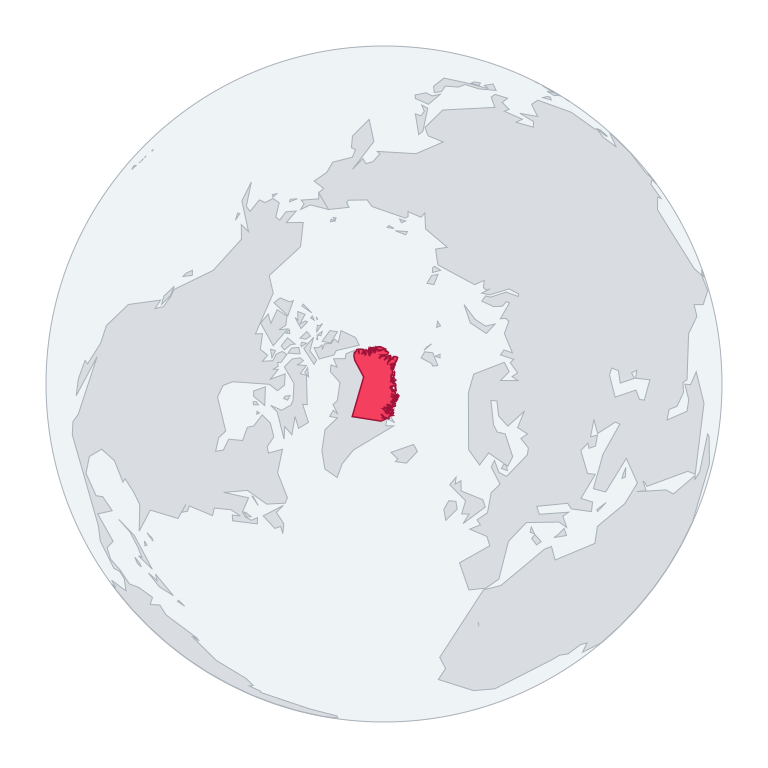 Nationalparken highlighted on a globe, orthographic projection
{"feature_id": "GRL-2742", "entity_name": "Nationalparken", "entity_type": "state/province", "adm_level": 1, "iso_a3": "GRL", "parent_name": "Greenland", "parent_adm1": "", "projection": "orthographic", "projection_center": [-27.197, 77.317], "detail": "fine", "context": "on_globe", "style": "filled", "palette": "rose", "viewbox_px": 768, "rotation_deg": 0, "n_neighbors": 0, "source": "natural_earth", "source_scale": "10m", "svg_char_len": 16868}
<svg xmlns="http://www.w3.org/2000/svg" viewBox="0 0 768 768"><circle cx="384" cy="384" r="338" fill="#eef3f6" stroke="#a8b0b8"/><path d="M116.1,590.0L112.0,584.4L115.9,587.6L111.6,580.3L126.0,590.8L124.2,578.6L119.7,571.4L113.9,568.3L100.3,541.0L98.4,525.9L72.3,434.8L73.0,421.6L78.3,414.2L97.1,356.7L76.2,395.7L78.3,379.1L85.1,360.4L87.6,363.9L100.7,343.1L106.4,325.6L128.4,304.5L160.6,300.1L155.0,308.6L163.4,306.7L171.0,296.0L174.0,289.5L213.2,270.4L241.5,239.2L241.3,224.5L248.5,231.7L241.9,201.0L251.3,182.0L246.3,206.5L250.1,211.4L259.3,199.9L265.2,202.5L273.0,198.5L279.2,202.7L275.8,217.0L279.7,220.1L286.0,211.8L296.2,211.0L286.4,222.6L303.2,222.5L300.5,246.8L269.2,275.5L273.2,293.2L255.4,333.9L262.5,333.7L260.3,349.4L267.7,355.2L262.3,361.3L272.8,360.7L276.4,354.0L282.2,351.5L286.9,354.4L280.8,362.6L277.6,362.4L278.2,366.3L273.2,369.2L278.3,369.4L270.4,379.2L285.1,373.9L284.5,385.3L277.4,390.7L269.3,384.3L232.7,381.7L223.0,385.5L217.5,397.1L225.7,431.0L218.6,437.8L215.6,451.3L223.4,450.1L228.7,439.2L242.6,440.5L247.4,427.3L253.7,426.0L262.2,414.9L270.3,422.9L273.8,436.9L267.2,446.6L268.5,453.1L282.5,449.2L277.6,472.7L287.4,497.7L285.1,503.2L266.8,504.1L247.4,490.4L223.6,492.4L248.6,497.8L242.4,511.9L245.5,517.1L251.4,520.3L257.4,517.6L257.3,523.9L232.6,520.8L232.3,515.0L240.2,515.9L231.0,509.7L214.3,508.1L212.5,515.6L189.2,505.9L187.6,511.2L181.7,512.3L185.8,504.4L178.0,518.5L150.3,510.1L139.2,531.1L139.8,504.6L133.6,492.0L125.1,478.8L122.9,482.1L114.5,460.7L101.7,449.2L89.3,456.5L86.0,473.4L96.1,495.7L102.7,496.7L112.2,510.7L97.7,513.9L113.1,541.3L107.1,547.7L110.6,559.1L120.1,570.0L129.4,583.9L138.7,587.4L152.5,597.4L150.1,604.5L159.8,605.0L166.1,615.0L195.1,636.6L192.2,636.6L216.2,660.4L246.3,678.6L253.2,685.6L249.2,686.0L260.6,691.2L260.8,692.5L309.3,708.8L337.0,716.0L337.9,718.1L321.3,716.1L297.3,710.6L273.8,703.4L250.8,694.6L228.6,684.0L207.1,671.9L186.6,658.3L167.2,643.2L148.9,626.7L131.8,609.0L116.1,590.0ZM133.8,165.8L136.5,165.1L131.7,169.6L133.8,165.8ZM140.3,162.0L138.9,162.8L140.5,161.6L140.3,162.0ZM142.9,159.4L141.0,161.3L142.9,159.1L142.9,159.4ZM146.2,155.8L144.5,157.8L144.6,157.5L146.2,155.8ZM134.4,535.6L152.3,569.2L138.5,555.8L141.8,557.2L138.0,547.4L129.8,531.7L118.7,519.4L134.4,535.6ZM151.9,150.6L153.5,149.3L152.1,151.1L151.9,150.6ZM150.4,537.8L147.0,532.6L150.8,537.0L150.4,537.8ZM174.3,286.2L170.5,295.6L161.5,304.4L163.9,296.2L174.3,286.2ZM192.4,270.3L192.3,275.3L182.9,276.5L185.9,273.3L192.4,270.3ZM239.8,213.6L235.5,220.2L237.6,212.9L239.8,213.6ZM273.0,197.2L272.3,194.6L276.7,193.7L273.0,197.2ZM257.1,411.2L259.5,413.0L256.7,414.2L257.1,411.2ZM258.4,404.8L253.4,404.8L253.2,401.7L256.4,401.8L258.4,404.8ZM290.2,199.3L297.4,198.8L289.5,201.8L290.2,199.3ZM264.7,405.5L253.7,396.3L253.6,391.0L265.4,386.8L264.7,405.5ZM301.2,200.1L318.7,198.9L318.7,192.8L328.6,209.5L310.4,204.9L300.6,209.5L304.1,203.8L301.2,200.1ZM275.5,350.6L271.9,357.9L270.5,349.2L275.5,350.6ZM273.2,345.7L260.6,323.1L268.2,314.0L270.9,323.4L277.2,309.6L287.0,316.2L285.8,325.3L278.9,329.8L287.9,328.9L273.2,345.7ZM331.2,219.1L334.9,221.0L330.4,221.7L331.2,219.1ZM284.4,349.9L281.2,346.0L287.5,337.8L295.1,344.0L290.6,344.7L284.4,349.9ZM274.0,302.8L280.1,297.9L289.7,301.9L293.3,300.6L287.9,315.6L274.0,302.8ZM291.6,348.0L298.8,347.4L300.1,353.9L288.0,353.1L291.6,348.0ZM286.0,333.1L289.3,329.6L289.9,333.6L286.0,333.1ZM308.6,376.9L304.7,372.4L307.6,367.7L308.6,376.9ZM301.4,346.8L300.9,344.5L301.6,342.2L306.5,343.2L301.4,346.8ZM295.1,317.5L297.9,320.2L297.8,311.5L305.0,314.3L300.1,323.9L305.3,320.9L307.5,321.8L301.0,328.6L295.1,317.5ZM313.6,337.3L309.9,350.6L316.6,360.0L314.1,364.4L303.8,348.5L313.6,337.3ZM306.8,331.6L310.5,336.1L305.6,339.2L300.0,338.0L306.8,331.6ZM311.7,312.8L301.9,306.0L303.3,304.2L311.7,312.8ZM316.6,339.4L317.4,336.1L317.6,339.7L316.6,339.4ZM314.3,320.2L310.6,318.0L312.3,316.0L314.3,320.2ZM322.2,331.5L320.9,335.7L317.1,335.1L322.2,331.5ZM319.4,325.8L322.6,323.5L316.5,332.3L317.4,325.2L319.4,325.8ZM316.5,318.6L316.3,316.7L317.8,319.8L316.5,318.6ZM337.4,331.7L330.6,342.9L322.2,341.3L329.9,330.6L337.4,331.7ZM630.9,153.3L630.3,152.8L645.5,172.5L652.4,178.9L648.4,173.6L655.4,182.6L656.4,184.1L652.1,179.5L650.9,184.4L661.2,198.5L657.6,197.1L657.5,209.7L670.8,231.2L693.9,268.2L701.8,275.5L707.7,290.7L703.2,304.6L694.1,304.6L696.9,316.5L688.6,333.6L687.0,379.8L682.9,382.4L683.5,392.4L677.0,406.3L669.1,409.4L667.0,420.0L687.0,411.3L688.8,399.7L684.8,384.1L690.5,384.7L696.2,371.8L704.0,403.3L695.2,474.2L687.7,471.3L646.9,486.4L644.4,481.8L644.0,481.6L643.1,481.4L646.1,490.6L636.8,491.7L665.8,489.9L673.5,493.9L695.1,475.5L694.7,479.8L699.7,471.8L707.6,433.9L709.1,436.3L709.4,464.0L692.6,521.6L681.3,544.6L668.3,566.7L653.6,587.8L637.3,607.6L619.7,626.2L600.6,643.4L600.7,643.2L582.6,652.1L587.0,643.0L580.5,644.6L568.0,653.9L559.6,655.2L551.4,660.0L494.9,688.8L473.6,690.6L438.3,679.5L445.6,668.5L439.7,657.4L483.5,589.9L500.9,585.5L544.6,549.1L551.5,546.4L555.1,560.0L594.9,543.4L597.4,526.4L624.8,503.7L637.4,483.0L626.3,458.3L605.6,492.0L593.4,488.7L603.0,454.2L619.8,424.2L615.5,422.0L597.6,433.5L594.0,419.4L590.5,436.8L597.5,435.1L595.5,446.1L589.0,448.3L588.0,443.2L580.8,450.4L587.5,473.5L595.3,474.3L581.0,498.4L592.6,502.1L591.4,511.6L571.4,508.9L567.7,503.3L536.7,506.3L539.3,514.3L568.7,512.2L562.9,516.2L566.7,527.4L559.1,522.0L526.3,522.6L508.5,541.3L498.8,579.2L485.7,588.2L468.9,589.9L459.5,562.8L489.8,545.8L486.9,536.4L469.8,529.2L480.4,524.8L477.1,519.9L487.5,512.7L491.2,492.7L500.1,484.2L491.2,467.0L494.5,460.4L498.9,472.4L506.6,476.4L527.4,454.8L528.4,447.9L520.9,438.5L527.6,433.9L517.6,427.6L524.5,411.1L507.8,426.1L498.6,415.9L497.0,401.0L490.9,400.4L493.5,424.7L497.2,432.0L505.2,433.9L512.7,456.7L507.8,466.2L488.6,452.9L479.6,465.0L468.6,449.6L468.4,392.8L473.7,374.2L504.3,362.3L509.2,371.7L500.5,380.5L518.1,380.6L512.1,376.6L517.6,372.9L510.2,362.5L513.7,359.4L500.5,354.8L504.0,349.9L512.4,352.9L504.4,333.6L508.9,321.2L505.4,318.3L500.3,318.8L509.5,302.9L506.5,301.6L502.3,306.2L493.6,306.6L481.8,301.1L485.6,295.9L490.4,297.2L506.1,292.1L518.2,296.5L518.6,293.9L509.0,288.9L489.8,294.9L481.6,293.1L490.1,288.8L486.4,290.2L483.5,287.7L484.2,280.4L474.6,284.6L437.9,264.9L435.6,249.1L447.3,247.3L425.6,228.9L424.8,213.0L421.0,217.3L408.0,211.6L408.1,216.5L405.3,218.1L372.0,206.5L367.2,199.9L348.6,200.2L346.6,202.4L349.1,207.3L328.6,209.5L318.7,192.8L323.7,188.4L314.1,181.1L326.8,172.4L332.9,162.1L352.4,157.2L355.5,149.6L351.4,147.7L352.5,136.1L369.2,119.4L373.9,141.5L352.5,169.3L362.8,158.6L365.9,163.7L373.0,161.6L379.8,153.9L377.2,151.4L416.0,153.7L443.2,142.0L428.1,135.8L425.0,127.5L442.8,110.0L494.9,107.4L491.2,97.1L495.2,94.4L507.6,98.2L502.2,102.4L509.2,109.4L504.2,111.2L522.4,119.2L516.1,122.3L533.3,127.2L533.6,121.6L519.9,113.3L537.6,116.5L531.6,104.3L537.9,100.2L571.1,112.2L594.6,128.9L597.5,129.8L603.2,137.3L616.3,147.0L610.1,134.0L612.2,135.2L630.7,153.1L630.9,153.3ZM478.0,622.0L479.1,626.4L478.0,622.0ZM644.3,400.2L649.9,379.7L635.7,378.3L636.7,370.3L631.5,372.8L634.6,378.3L620.2,383.1L618.4,370.6L611.7,368.1L609.5,374.9L615.1,397.1L635.9,390.1L639.5,399.4L644.3,400.2ZM196.0,637.1L199.2,640.9L194.4,637.7L196.0,637.1ZM134.8,557.2L139.5,562.9L141.3,567.0L137.4,563.3L134.8,557.2ZM178.5,600.2L184.7,606.2L177.4,601.4L178.5,600.2ZM155.5,574.1L173.4,595.7L159.4,586.8L148.4,573.0L157.1,580.6L155.5,574.1ZM144.5,541.0L147.0,545.1L145.0,545.8L144.5,541.0ZM153.2,541.1L151.9,539.9L151.4,536.7L153.2,541.1ZM243.9,512.0L245.9,512.5L251.1,516.7L247.0,516.8L243.9,512.0ZM283.8,523.7L282.8,533.6L280.7,526.5L274.8,528.4L263.2,515.9L283.4,505.4L276.3,512.3L283.8,523.7ZM253.2,496.6L258.3,505.6L252.0,496.2L253.2,496.6ZM448.9,500.7L455.9,501.4L457.2,509.0L445.8,520.3L443.9,509.4L448.9,500.7ZM465.6,500.7L449.7,484.7L456.1,477.2L455.2,484.1L461.0,480.7L461.1,490.9L482.8,499.7L485.3,507.0L463.1,523.6L469.0,514.1L461.7,513.9L465.6,500.7ZM397.8,458.9L391.0,452.4L413.6,444.5L417.4,451.5L406.4,463.1L395.5,461.6L397.8,458.9ZM287.6,400.1L283.6,398.5L285.2,396.1L290.1,395.6L287.6,400.1ZM306.5,375.2L307.2,404.7L302.6,404.3L308.5,422.3L298.6,428.4L295.1,416.5L291.9,434.8L284.8,426.5L284.0,439.1L277.2,411.9L270.7,405.4L281.7,410.3L291.0,404.9L293.0,400.5L294.0,383.4L284.4,366.9L292.1,359.0L300.1,357.8L303.5,360.6L297.5,364.8L306.4,365.5L300.3,373.7L306.5,375.2ZM388.7,351.9L380.2,355.1L397.2,358.9L391.2,366.7L393.5,366.7L392.6,375.0L395.5,385.1L391.5,387.7L394.4,390.5L393.8,396.2L396.5,401.0L390.1,407.4L392.8,413.9L388.3,413.3L394.6,422.7L387.1,418.6L385.7,425.7L393.7,425.9L353.3,450.1L342.2,463.8L337.1,477.5L324.9,469.0L321.9,450.9L325.0,429.7L337.4,417.9L329.7,416.4L333.3,410.3L337.9,414.1L333.0,404.6L337.3,400.7L340.0,382.5L330.3,371.6L331.0,364.8L337.0,367.1L333.6,358.8L345.3,358.6L346.1,353.7L358.4,348.8L369.4,356.2L369.5,350.3L378.9,346.4L388.7,351.9ZM341.0,330.6L355.5,337.5L359.3,345.2L336.2,350.6L333.9,355.0L319.2,359.0L314.0,347.7L318.7,347.6L322.0,344.9L322.3,349.5L324.6,343.8L331.1,343.5L334.6,339.0L338.3,342.4L341.0,330.6ZM554.0,537.5L558.4,534.4L564.1,528.4L566.5,535.5L554.0,537.5ZM531.7,538.4L534.9,534.7L541.2,541.6L536.6,544.9L531.7,538.4ZM531.3,527.0L534.6,534.0L530.1,532.2L531.3,527.0ZM501.3,468.5L504.0,464.1L506.4,465.7L507.3,470.5L501.3,468.5ZM437.9,365.6L432.4,366.0L431.9,363.7L421.1,357.9L424.7,351.8L432.7,352.8L437.9,365.6ZM625.9,467.4L625.4,476.9L622.1,478.4L622.9,474.8L625.9,467.4ZM596.9,509.5L606.1,502.6L597.5,511.6L596.9,509.5ZM440.0,357.9L435.1,356.3L440.0,354.2L440.0,357.9ZM426.8,347.0L431.6,343.9L423.9,350.4L426.8,347.0ZM701.8,274.5L701.8,269.9L704.5,277.4L701.8,274.5ZM569.3,101.4L565.8,99.2L565.5,99.0L569.3,101.4ZM556.3,93.7L556.8,93.7L560.5,96.3L556.3,93.7ZM600.1,129.8L607.2,136.1L606.2,136.3L596.4,128.5L600.1,129.8ZM542.8,97.6L547.4,96.5L550.3,97.1L551.3,100.0L542.8,97.6ZM464.1,304.6L475.1,319.3L485.5,326.1L495.1,324.0L486.3,333.5L470.3,322.9L464.1,304.6ZM440.7,270.3L432.4,272.5L432.7,267.6L434.7,266.4L440.7,270.3ZM438.0,274.4L433.9,284.6L427.0,283.3L431.6,275.5L438.0,274.4ZM437.6,321.2L440.6,325.9L436.6,327.4L437.6,321.2ZM543.8,86.2L543.3,86.0L543.8,86.2ZM554.1,92.0L553.9,92.0L547.9,88.5L551.1,90.3L554.1,92.0ZM538.6,83.5L536.7,82.6L535.1,81.7L538.6,83.5ZM553.5,92.7L542.5,85.7L558.7,95.3L554.2,95.6L546.9,91.2L553.5,92.7ZM480.3,82.9L479.2,85.6L471.2,83.1L474.2,81.9L480.3,82.9ZM444.0,78.1L468.7,83.4L488.3,88.6L484.5,85.4L493.0,84.0L496.1,90.4L479.0,88.9L465.0,84.5L458.4,87.1L445.4,86.1L441.4,91.6L434.3,92.5L433.6,86.2L444.0,78.1ZM440.2,94.3L428.5,104.3L415.4,98.5L415.1,95.0L426.0,92.8L432.2,95.9L440.2,94.3ZM421.8,105.1L427.7,108.3L422.9,131.2L418.7,134.6L415.4,113.8L420.9,115.8L424.3,111.3L421.8,105.1ZM336.1,217.8L335.0,220.7L333.3,217.6L336.1,217.8ZM405.7,221.0L401.5,222.7L399.6,219.0L405.7,221.0ZM389.0,225.5L394.1,228.5L387.1,227.5L389.0,225.5ZM405.6,234.8L395.3,230.7L407.4,231.6L405.6,234.8Z" fill="#d9dde1" stroke="#a8b0b8" stroke-width="1"/><path d="M385.6,419.1L380.9,421.1L352.2,416.6L363.7,377.0L354.8,360.3L353.9,355.9L354.4,352.5L355.2,352.8L355.5,351.6L356.4,351.2L356.8,349.6L358.3,349.3L358.9,350.3L358.5,351.2L359.1,354.0L358.9,349.3L360.1,349.1L362.1,349.3L362.4,350.3L362.4,349.4L363.5,349.4L363.4,351.0L362.9,352.1L361.9,353.7L361.8,354.1L361.9,354.3L361.9,354.0L363.2,352.6L363.6,351.7L365.0,355.0L365.3,354.9L364.8,352.8L366.0,353.4L365.7,351.8L366.1,349.7L367.5,350.6L369.5,355.7L370.0,355.3L369.7,354.3L370.3,353.8L370.1,353.2L370.5,352.7L372.1,353.6L371.1,352.6L371.3,352.2L370.5,349.7L373.1,350.6L372.9,350.8L373.0,352.2L373.2,351.2L373.1,350.8L373.4,350.7L374.1,352.0L374.1,353.1L374.4,352.4L374.3,352.0L374.5,351.7L374.5,351.3L373.9,350.7L370.4,349.3L370.0,348.4L370.6,348.8L370.3,348.2L370.9,347.9L371.2,349.0L372.4,349.4L371.3,347.8L373.0,348.5L372.4,347.7L373.5,347.5L373.9,348.3L373.7,348.7L373.9,348.5L374.4,349.5L375.2,349.8L375.6,351.2L375.8,350.7L375.4,349.8L376.8,349.9L375.8,349.4L377.2,349.1L376.0,348.5L376.0,348.2L376.2,347.9L376.2,347.2L376.8,347.8L376.7,347.3L377.1,346.9L377.7,347.9L377.5,347.1L379.3,346.7L379.6,347.6L379.5,347.0L380.5,346.7L385.1,348.8L380.5,350.0L379.6,349.4L380.2,350.1L377.9,350.6L378.1,350.8L377.9,351.6L378.4,350.7L379.0,350.7L379.2,351.0L379.1,351.5L379.4,350.6L380.8,350.8L382.0,349.7L385.4,349.5L385.8,350.5L385.0,351.8L386.4,351.0L386.5,351.7L386.4,351.9L386.8,351.3L388.4,352.6L387.7,354.3L386.6,354.7L380.5,355.0L381.8,355.8L379.3,357.4L379.8,358.1L380.2,357.2L383.5,356.0L386.1,356.4L386.1,357.7L384.4,359.2L384.7,359.8L387.2,358.0L387.3,356.2L388.7,355.7L389.1,356.7L389.2,357.6L389.2,359.0L387.2,364.7L388.1,362.5L389.6,360.6L390.4,357.8L391.0,358.2L390.8,359.6L391.5,358.8L392.8,359.1L392.7,358.7L393.0,358.3L392.7,358.1L393.2,357.7L393.0,357.1L393.9,356.4L396.3,356.7L397.7,357.6L396.6,360.7L395.6,361.1L396.1,361.6L395.2,363.2L393.4,363.1L392.6,364.2L391.4,363.8L390.1,364.6L390.7,365.1L391.4,364.0L392.9,364.6L393.9,363.9L395.2,364.6L394.7,365.9L391.7,366.1L391.1,367.1L391.3,367.2L391.0,368.7L391.6,369.6L392.4,369.3L392.4,372.5L392.6,371.2L392.7,371.9L393.1,372.1L392.2,373.4L392.4,374.1L392.3,374.5L391.1,375.0L391.3,375.4L390.9,375.9L391.4,376.1L391.0,377.8L391.1,379.2L390.6,381.6L391.2,381.6L391.2,382.3L391.7,379.7L394.1,381.1L394.4,381.5L394.0,382.1L392.9,381.2L392.0,381.6L392.8,382.2L392.6,382.6L392.0,382.4L394.3,384.1L394.6,384.0L394.5,383.3L395.2,383.4L395.7,384.4L395.9,385.4L395.7,386.5L392.9,385.7L391.3,386.2L392.6,386.3L391.6,387.6L390.7,386.4L390.0,387.4L390.7,388.5L390.9,387.7L391.4,388.0L391.0,388.2L391.6,388.6L390.5,388.8L391.7,388.8L391.8,390.0L393.6,390.4L392.6,389.4L394.6,390.3L393.9,391.2L391.4,391.5L394.4,391.5L395.4,392.6L395.0,392.9L395.6,394.5L395.5,396.1L391.2,393.4L392.6,394.5L390.9,394.2L392.5,394.7L394.1,396.2L393.1,396.5L392.3,397.4L392.0,396.8L391.2,396.4L391.2,396.5L392.3,397.5L393.9,396.7L393.9,398.1L394.2,398.6L393.5,399.1L395.7,399.3L396.1,398.7L396.3,398.9L396.2,399.4L396.9,399.8L396.1,401.4L395.2,401.2L394.8,400.3L393.4,400.3L392.8,400.5L392.0,399.7L392.6,400.7L391.5,401.4L392.2,401.5L391.8,402.3L392.1,402.5L391.6,402.8L392.5,403.2L392.8,404.0L392.9,405.2L393.1,404.9L392.9,403.9L392.6,403.3L392.8,402.8L395.3,403.6L395.0,404.5L395.4,405.7L395.2,406.2L393.5,406.1L392.3,407.6L390.3,406.7L389.2,405.2L391.6,405.9L392.3,405.4L391.3,405.8L389.2,404.5L388.7,404.7L388.6,406.1L386.5,403.8L388.2,406.3L387.2,406.6L386.1,408.0L383.6,406.7L385.4,408.0L383.1,408.6L383.6,408.8L383.5,409.9L383.9,408.7L385.3,408.3L387.7,408.9L387.6,409.7L385.9,410.7L384.7,410.2L383.7,410.3L385.6,411.0L385.3,411.9L386.9,410.3L388.6,412.0L386.3,412.8L387.4,413.0L387.0,414.5L387.6,413.1L388.7,412.7L390.3,413.9L390.1,414.5L392.6,415.5L389.2,416.1L389.0,417.4L388.8,417.4L389.0,418.5L388.4,418.8L385.5,417.4L384.8,418.0L382.7,415.2L381.5,414.5L381.3,414.7L383.8,417.0L381.6,417.8L385.9,418.3L385.6,419.1ZM369.9,350.1L370.7,352.3L370.0,352.9L370.0,353.7L369.7,353.9L368.8,350.0L369.9,350.1ZM393.3,412.4L391.9,412.4L393.2,413.3L393.0,414.2L392.4,414.2L389.6,412.5L388.7,410.3L391.1,410.1L393.3,412.4ZM388.6,409.0L386.5,408.3L387.3,407.0L388.6,406.8L390.8,407.8L387.8,407.5L387.7,407.5L391.3,408.2L388.6,409.0ZM392.1,368.5L393.6,366.9L394.1,367.3L393.5,369.3L392.1,368.5ZM393.2,410.6L392.0,410.9L391.0,409.9L388.5,409.6L390.8,408.8L393.0,409.4L393.2,409.6L392.7,410.2L393.2,410.6ZM394.5,400.6L395.3,401.7L393.6,402.6L392.3,401.7L393.4,400.4L394.5,400.6ZM398.9,395.6L398.6,396.8L396.6,396.8L396.5,395.2L396.3,394.8L397.5,394.1L398.0,394.7L397.5,395.3L398.9,395.6ZM363.8,350.8L364.1,350.2L364.5,350.2L364.9,352.5L363.8,350.8ZM396.2,390.5L396.2,391.4L395.1,388.2L395.1,387.6L395.5,387.5L395.0,386.7L395.6,387.1L396.2,390.5ZM395.3,397.6L395.0,398.8L394.0,398.2L394.0,397.1L394.4,396.7L395.0,397.0L394.8,397.6L395.3,397.6ZM391.2,356.9L390.1,355.5L390.4,355.4L391.2,356.9ZM375.0,347.4L376.0,349.1L374.8,347.7L375.0,347.4ZM374.7,348.5L375.5,349.1L375.1,349.6L374.7,348.5ZM392.6,366.8L391.6,367.4L391.8,366.4L392.6,366.8ZM374.5,348.4L374.9,349.7L374.1,348.3L374.5,348.4ZM395.9,380.1L395.2,381.1L395.5,379.8L395.9,380.1ZM392.8,379.4L393.9,380.3L392.2,379.7L392.8,379.4ZM393.7,376.7L393.7,377.5L394.0,378.0L393.5,378.0L393.4,377.2L393.7,376.7ZM392.4,358.0L391.6,357.6L392.4,358.0ZM369.4,349.1L368.7,349.0L368.8,348.6L369.4,349.1ZM393.4,374.9L393.0,375.2L392.7,374.9L393.1,373.9L393.1,374.7L393.3,374.7L393.1,374.8L393.4,374.9ZM394.8,372.4L394.6,373.0L394.5,373.5L394.4,373.5L394.6,372.1L394.8,372.4ZM397.2,398.9L397.1,399.4L396.5,399.2L396.9,398.7L397.2,398.9ZM393.9,379.7L393.5,378.5L394.1,378.4L393.9,379.7ZM388.2,409.8L388.0,410.6L387.3,410.3L387.6,410.0L388.2,409.8ZM392.2,378.7L391.7,378.5L392.1,378.0L392.2,378.7ZM393.4,378.1L393.0,377.8L393.0,377.3L393.4,378.1ZM394.4,375.5L394.2,376.1L394.2,375.5L394.4,375.5ZM391.4,380.3L391.2,379.9L391.5,379.7L391.4,380.3ZM394.4,375.1L394.3,374.3L394.5,374.6L394.4,375.1ZM397.7,398.3L397.6,398.8L397.3,398.3L397.5,398.4L397.7,398.3ZM393.8,408.2L394.2,408.1L394.3,408.1L393.8,408.2Z" fill="#f43f5e" stroke="#9f1239" stroke-width="1.5"/></svg>